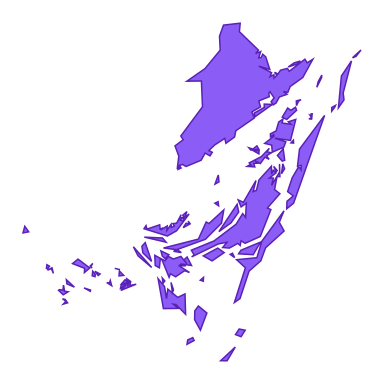 outline of Van Don, Quảng Ninh, Vietnam
{"feature_id": "81297802B23156291808671", "entity_name": "Van Don", "entity_type": "district", "adm_level": 2, "iso_a3": "VNM", "parent_name": "Vietnam", "parent_adm1": "Quảng Ninh", "projection": "albers", "projection_center": [107.384, 20.984], "detail": "fine", "context": "isolated", "style": "filled", "palette": "violet", "viewbox_px": 384, "rotation_deg": 0, "n_neighbors": 0, "source": "geoboundaries", "source_scale": "gbopen_adm2", "svg_char_len": 6066}
<svg xmlns="http://www.w3.org/2000/svg" viewBox="0 0 384 384"><path d="M177.2,169.1L179.2,165.8L182.4,164.4L186.0,166.5L201.2,160.2L205.1,153.1L210.0,155.9L212.3,152.3L208.8,150.6L214.8,144.9L224.8,138.4L225.9,143.3L234.6,137.0L235.8,130.8L254.3,118.0L251.8,112.0L260.5,106.9L258.8,100.9L269.3,96.7L268.8,93.2L269.9,91.7L274.1,97.8L271.1,101.7L273.2,104.9L276.1,103.0L279.4,97.0L287.0,94.3L283.4,91.4L287.8,92.4L290.2,86.5L302.8,77.5L312.8,59.3L307.2,62.8L304.9,59.2L289.2,71.3L287.4,68.4L280.5,70.2L278.0,74.0L274.6,72.3L276.9,75.2L274.0,78.1L273.9,74.7L270.0,76.7L271.6,72.7L258.7,66.1L269.8,69.5L265.7,56.8L262.7,54.2L261.2,57.5L258.7,57.8L260.7,51.6L255.6,53.5L258.5,50.2L239.4,31.7L240.2,23.2L223.5,25.1L219.5,36.2L220.2,50.1L205.0,68.6L186.9,81.2L201.4,81.0L202.5,106.8L180.8,136.0L183.2,139.7L175.0,145.9L178.8,156.1L177.2,169.1ZM279.9,176.7L279.5,163.9L279.6,171.9L271.6,185.4L273.3,178.1L269.3,178.1L275.9,173.0L273.2,170.2L271.5,174.3L271.4,166.2L259.0,179.9L256.4,190.4L253.2,191.6L256.0,180.5L243.4,202.3L238.2,199.9L241.1,206.9L246.3,203.2L245.6,217.4L242.7,213.6L236.1,224.2L214.1,240.9L191.3,250.2L194.2,255.0L191.6,256.9L218.4,243.9L226.9,242.3L222.7,247.5L229.3,248.1L237.8,243.4L240.2,245.5L241.1,240.8L245.1,243.3L260.3,236.5L270.9,209.6L267.4,208.0L279.9,193.7L274.6,189.5L277.0,176.5L279.9,176.7ZM293.6,203.2L324.6,115.4L299.5,149.1L297.5,166.3L301.3,165.4L301.0,169.8L299.9,167.8L298.1,167.6L292.2,177.8L287.6,191.6L293.3,195.9L287.0,201.3L286.7,208.8L293.6,203.2ZM284.0,210.8L261.8,241.3L256.9,257.7L236.6,259.7L245.4,267.8L234.4,302.5L240.0,298.6L249.1,271.1L260.8,260.8L265.6,247.8L284.1,231.0L279.3,222.3L284.0,210.8ZM295.8,119.4L288.3,121.8L291.0,124.3L282.1,123.0L282.9,119.2L278.7,122.0L276.1,130.9L270.4,133.8L270.5,136.8L273.7,134.7L273.9,136.2L264.7,143.4L271.7,145.1L272.3,152.2L283.8,147.1L285.8,141.8L274.8,138.2L290.5,140.4L295.8,119.4ZM165.0,260.8L154.8,255.3L155.2,265.5L159.4,267.8L160.3,259.0L162.0,259.9L169.1,277.3L170.5,273.8L175.6,276.8L184.6,270.7L189.5,272.5L179.1,265.8L180.3,264.5L181.3,264.0L191.5,265.5L187.1,257.0L184.1,259.7L186.9,263.8L180.9,256.4L173.3,259.0L168.5,256.4L165.0,260.8ZM223.8,209.9L209.0,223.5L206.2,222.0L198.4,239.1L163.5,248.0L176.7,249.7L205.4,239.3L221.5,223.2L223.8,209.9ZM166.5,298.7L164.5,286.5L158.1,278.7L163.4,308.6L178.3,308.4L173.2,304.2L176.1,304.6L185.6,314.3L185.0,293.9L177.7,297.4L167.8,289.1L166.5,298.7ZM184.7,217.4L186.9,211.6L182.8,215.2L183.9,217.5L183.0,221.2L179.9,219.9L183.2,217.8L179.8,217.4L181.2,214.6L176.6,223.2L172.9,223.6L174.3,226.0L171.3,227.5L171.1,224.3L166.8,230.5L167.2,226.0L160.5,230.1L163.3,227.8L160.1,229.1L159.7,224.8L147.0,229.1L146.0,225.6L144.0,228.7L167.3,236.0L176.6,230.8L189.1,214.0L184.7,217.4ZM344.0,99.9L343.2,92.9L351.5,60.9L341.4,76.0L338.4,107.9L344.0,99.9ZM206.9,313.0L198.4,306.0L194.8,310.8L194.6,319.7L200.4,330.2L206.9,313.0ZM238.7,212.0L237.1,204.3L218.9,231.6L231.0,222.9L238.7,212.0ZM224.2,252.6L217.7,248.1L203.3,255.9L212.1,260.9L224.2,252.6ZM269.3,148.3L261.4,156.6L249.2,162.9L251.8,166.1L249.7,164.9L247.1,166.4L254.8,166.9L253.7,163.4L257.7,163.2L254.7,160.6L260.4,163.5L264.9,157.2L269.1,159.3L266.5,155.8L271.5,152.7L266.9,151.9L269.3,148.3ZM260.5,242.1L241.0,250.2L238.6,253.8L253.2,254.7L260.5,242.1ZM296.6,110.3L295.5,107.2L290.8,110.3L287.7,108.0L282.2,117.2L286.7,119.5L296.6,110.3ZM272.4,104.4L264.2,104.1L264.3,107.4L254.2,113.1L255.0,116.8L272.4,104.4ZM145.2,242.6L141.9,246.3L142.9,252.9L151.6,261.4L145.2,242.6ZM89.8,268.0L78.0,259.1L72.5,263.6L84.6,268.3L84.4,272.6L89.8,268.0ZM162.5,238.0L144.3,237.1L166.1,242.2L162.5,238.0ZM151.7,267.5L133.4,246.8L138.0,255.8L151.7,267.5ZM227.1,360.8L235.3,347.0L220.7,360.7L227.1,360.8ZM130.7,281.5L126.8,278.8L127.1,280.7L129.2,281.9L127.7,286.5L127.6,283.7L121.2,285.1L120.5,288.3L126.0,285.1L120.8,290.4L136.2,284.2L130.0,285.5L130.7,281.5ZM245.2,330.2L239.1,329.0L235.5,334.6L241.1,336.7L245.2,330.2ZM283.2,148.7L277.4,155.5L282.2,161.1L284.7,160.3L283.2,148.7ZM192.8,337.6L187.7,339.9L187.0,344.3L194.1,340.5L192.8,337.6ZM64.6,291.2L63.5,285.1L62.9,290.2L59.5,289.6L58.5,290.3L63.2,294.8L68.1,291.8L64.6,291.2ZM256.9,145.9L252.9,149.1L248.9,147.8L250.8,150.1L258.9,149.3L256.9,145.9ZM74.4,287.1L66.4,279.7L66.9,283.9L74.4,287.1ZM168.9,254.7L160.9,250.9L162.3,256.0L165.3,258.8L168.9,254.7ZM300.3,61.0L294.1,62.9L288.2,67.0L297.2,64.0L300.3,61.0ZM352.5,57.8L356.0,56.4L361.0,50.0L352.5,57.8ZM219.0,181.9L218.3,175.0L215.0,184.1L219.0,181.9ZM190.2,223.8L188.2,221.1L189.2,223.7L186.0,223.3L183.2,227.7L190.2,223.8ZM301.0,99.7L296.3,100.9L296.5,105.6L298.6,101.2L301.0,99.7ZM173.5,289.9L171.0,282.4L172.4,292.5L173.5,289.9ZM123.7,275.4L119.4,271.0L119.0,275.9L123.7,275.4ZM281.5,173.7L284.6,168.8L282.8,163.8L281.5,173.7ZM28.7,231.8L24.8,226.3L23.0,232.9L28.7,231.8ZM111.7,285.7L110.3,280.5L109.5,282.9L106.8,282.6L111.7,285.7ZM277.2,170.5L273.7,166.4L276.1,171.9L277.2,170.5ZM65.1,299.4L62.5,298.8L65.9,301.3L63.3,304.1L67.6,302.8L65.1,299.4ZM127.6,282.6L125.1,279.7L121.5,283.9L127.6,282.6ZM52.0,267.8L47.4,270.2L51.4,268.7L53.4,273.4L52.0,267.8ZM90.6,290.1L84.0,287.9L90.3,291.3L90.6,290.1ZM312.2,113.8L311.1,113.9L310.9,115.7L310.1,115.3L311.6,117.8L308.9,118.9L311.6,119.1L312.2,113.8ZM181.3,252.6L177.7,249.9L173.5,251.3L181.3,252.6ZM200.3,280.2L203.3,281.2L203.5,277.4L200.3,280.2ZM331.7,111.2L334.6,107.5L335.5,105.4L331.7,107.5L331.7,111.2ZM232.5,253.2L230.2,254.4L234.6,257.6L232.5,253.2ZM92.8,263.4L90.2,266.0L92.1,268.1L90.9,266.4L92.8,263.4ZM178.3,169.3L181.1,168.0L179.5,165.8L178.3,169.3ZM164.8,280.9L162.3,278.0L163.1,283.3L164.8,280.9ZM183.3,264.6L179.4,265.7L185.7,265.9L183.3,264.6ZM291.0,142.9L293.6,143.1L293.4,140.2L291.0,142.9ZM92.7,271.2L92.2,275.8L95.0,276.7L95.4,274.7L92.7,271.2ZM218.6,205.8L218.1,201.7L214.9,203.2L218.6,205.8ZM258.9,153.9L259.1,150.5L254.0,151.1L258.9,153.9ZM100.1,274.0L94.9,271.3L98.2,275.5L100.1,274.0ZM316.8,87.3L321.6,77.6L321.8,75.1L318.2,81.6L316.8,87.3ZM117.0,268.9L114.7,268.4L120.0,269.6L117.0,268.9ZM46.9,264.7L46.4,268.4L47.5,268.9L49.5,266.2L46.9,264.7Z" fill="#8b5cf6" stroke="#5b21b6" stroke-width="1.5"/></svg>